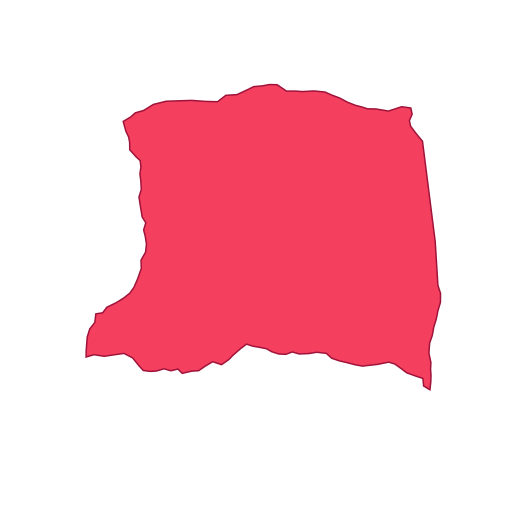 Emilianópolis, São Paulo, Brazil, rotated 256°
{"feature_id": "56859067B80987018842318", "entity_name": "Emilianópolis", "entity_type": "district", "adm_level": 2, "iso_a3": "BRA", "parent_name": "Brazil", "parent_adm1": "São Paulo", "projection": "natural_earth1", "projection_center": [-51.48, -21.789], "detail": "fine", "context": "isolated", "style": "filled", "palette": "rose", "viewbox_px": 512, "rotation_deg": 256, "n_neighbors": 0, "source": "geoboundaries", "source_scale": "gbopen_adm2", "svg_char_len": 1749}
<svg xmlns="http://www.w3.org/2000/svg" viewBox="0 0 512 512"><g transform="rotate(256 256 256)"><path d="M225.4,77.0L218.1,72.6L210.9,70.2L204.8,68.2L199.1,66.7L199.4,75.0L195.4,84.5L194.5,94.1L193.4,104.4L186.9,111.7L178.8,115.4L172.2,118.9L169.6,125.5L168.5,131.6L168.8,139.5L165.2,145.7L165.2,152.9L160.0,156.0L159.8,166.0L158.6,172.6L161.3,179.8L163.9,188.4L158.9,196.3L162.1,204.6L165.3,209.7L170.0,218.9L172.8,225.5L169.3,231.0L166.8,236.7L163.5,243.7L159.3,248.1L155.4,254.4L153.4,261.2L154.1,268.0L150.5,274.2L148.6,283.4L147.9,291.7L144.5,300.7L138.5,304.7L134.2,311.3L130.4,318.7L126.5,325.8L123.4,332.7L121.4,348.1L120.9,359.1L117.6,364.6L111.9,369.4L106.2,374.0L101.4,381.1L96.8,388.3L89.3,387.2L84.1,392.4L91.4,395.1L98.1,397.0L103.6,397.9L110.2,399.9L119.9,400.3L129.5,403.4L136.2,407.8L144.0,411.3L151.2,415.7L158.7,419.2L166.5,423.8L175.1,426.0L183.5,425.4L226.8,433.4L327.0,445.3L336.3,440.9L344.6,437.4L350.3,437.6L355.8,441.8L362.2,442.0L365.6,433.4L364.6,419.6L369.7,407.8L371.8,399.9L375.3,394.2L378.1,389.0L383.0,382.1L389.1,375.3L393.8,368.5L398.4,362.6L402.1,352.3L404.3,340.9L406.5,334.1L408.7,325.4L417.1,317.9L419.1,310.6L419.6,302.9L420.9,294.8L419.2,286.9L417.2,276.6L419.2,265.6L415.0,256.0L418.3,244.1L422.6,231.0L425.2,218.9L427.9,206.2L427.9,193.1L424.4,182.2L424.1,173.5L421.2,168.0L418.7,159.7L408.8,159.9L402.3,161.2L396.9,160.9L389.6,159.2L381.3,163.6L376.5,166.7L370.0,165.8L363.7,163.2L357.3,162.5L348.3,160.8L341.5,156.7L330.5,155.7L321.3,155.0L314.9,157.1L308.5,153.3L302.0,153.3L294.1,152.6L286.5,149.8L279.7,143.4L271.6,141.7L262.3,135.5L255.1,130.0L250.4,124.5L247.0,116.9L244.4,108.6L242.4,98.9L238.0,93.5L238.6,86.6L230.5,83.5L225.4,77.0Z" fill="#f43f5e" stroke="#9f1239" stroke-width="1.5"/></g></svg>